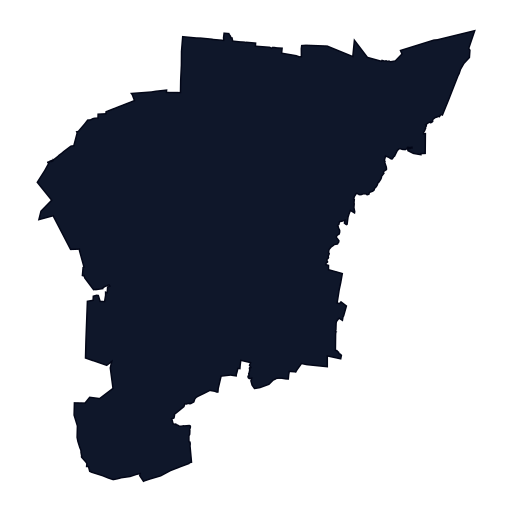 the district of Irapuato, Guanajuato, Mexico
{"feature_id": "50627088B47484425878670", "entity_name": "Irapuato", "entity_type": "district", "adm_level": 2, "iso_a3": "MEX", "parent_name": "Mexico", "parent_adm1": "Guanajuato", "projection": "natural_earth1", "projection_center": [-101.373, 20.675], "detail": "fine", "context": "isolated", "style": "filled", "palette": "ink", "viewbox_px": 512, "rotation_deg": 0, "n_neighbors": 0, "source": "geoboundaries", "source_scale": "gbopen_adm2", "svg_char_len": 5865}
<svg xmlns="http://www.w3.org/2000/svg" viewBox="0 0 512 512"><path d="M288.3,379.0L288.7,374.5L289.3,371.4L295.1,371.8L295.7,372.0L296.9,369.9L301.5,363.5L306.7,364.6L327.3,366.7L327.3,355.9L340.7,358.8L341.4,355.3L340.3,354.2L339.2,353.8L338.8,353.5L338.7,352.4L337.0,351.0L336.9,350.6L335.4,350.3L335.6,334.6L335.8,331.9L336.0,331.8L335.5,331.4L335.9,329.6L336.1,323.3L336.4,321.6L338.4,318.9L339.1,318.2L342.4,320.3L343.0,316.8L343.6,315.9L346.4,306.0L341.0,301.9L339.6,303.6L337.1,303.0L339.2,289.6L340.7,282.7L342.3,273.6L328.5,269.7L328.5,265.4L326.0,264.7L326.0,263.5L326.2,262.8L327.2,262.4L327.5,262.1L327.6,261.9L327.1,261.0L326.8,259.8L326.9,259.4L327.9,258.6L328.5,257.6L328.2,256.1L329.2,253.8L329.1,253.3L328.5,252.6L328.9,250.0L329.2,249.3L331.2,246.9L333.5,245.3L333.9,244.8L334.4,244.5L337.4,244.0L337.7,243.7L337.8,242.9L338.4,242.6L338.7,242.0L338.9,240.8L337.7,239.1L336.6,237.8L336.4,237.0L336.6,236.1L337.5,235.0L339.1,234.1L339.6,232.5L339.7,230.7L339.3,229.5L338.6,228.4L338.2,226.6L337.5,226.0L337.9,225.2L338.8,224.5L339.5,221.7L342.0,221.2L345.1,220.2L344.4,223.1L345.9,224.3L346.6,224.6L347.1,224.2L348.0,217.2L349.0,214.0L350.4,210.4L354.5,212.9L354.7,211.7L353.9,207.6L354.2,203.9L354.0,202.6L354.3,199.4L353.5,199.1L354.5,196.2L356.4,193.4L357.0,193.3L357.9,193.9L358.8,194.2L359.1,194.6L360.1,194.7L361.7,194.5L362.8,193.9L364.2,193.8L365.2,193.9L365.9,193.8L366.2,193.9L367.0,194.7L367.4,194.7L368.9,194.2L369.4,192.4L372.7,191.2L374.1,190.0L374.5,188.4L375.8,187.2L377.0,185.5L378.0,182.9L378.8,181.7L379.0,181.9L380.6,179.5L381.4,177.7L381.5,176.4L383.9,173.2L383.4,172.4L383.4,172.0L384.0,171.2L386.4,169.6L386.5,169.1L386.3,167.1L384.8,162.7L384.7,162.1L385.0,161.5L384.4,160.3L385.5,156.1L388.6,157.2L391.0,158.8L392.0,159.0L392.5,158.5L394.0,156.3L394.5,156.2L397.1,150.9L398.0,149.8L398.8,149.0L400.1,148.6L402.4,149.4L405.3,149.6L406.1,149.2L407.4,147.7L407.5,148.1L408.4,147.3L409.6,147.6L412.0,147.2L412.2,147.9L410.2,148.5L409.6,148.3L408.3,149.0L407.7,149.1L408.0,150.7L413.4,153.4L420.9,154.7L420.9,153.6L425.2,153.4L425.4,133.6L423.5,133.8L423.6,132.2L424.7,130.6L425.0,129.6L425.6,128.2L425.4,127.9L425.5,127.5L425.9,126.5L426.3,126.0L426.3,125.0L425.7,124.7L428.3,122.8L430.4,121.9L430.3,122.4L430.5,122.7L431.6,122.4L432.7,121.4L432.6,120.3L432.8,119.6L433.1,119.2L435.1,117.6L437.1,117.0L438.2,116.4L439.4,116.7L440.4,115.0L441.5,114.6L442.4,115.0L448.7,99.5L458.0,75.7L459.1,73.6L460.5,69.3L463.9,63.4L469.4,57.5L469.9,50.2L468.7,48.4L474.7,30.7L437.4,39.8L433.9,40.1L400.5,50.5L402.0,54.0L395.0,61.3L394.5,61.1L390.3,61.8L389.1,61.1L387.2,61.4L386.1,60.8L384.7,61.2L382.0,60.4L381.5,61.3L367.4,57.4L354.4,40.3L352.8,56.6L327.2,46.1L306.0,45.3L301.7,45.6L301.3,48.8L301.4,56.7L298.6,56.9L298.4,56.5L296.1,55.7L281.6,53.2L282.1,48.2L276.7,47.9L274.3,47.5L272.4,47.5L271.6,48.4L269.7,47.3L255.4,46.2L255.6,43.1L246.4,42.3L246.2,42.5L245.8,42.6L245.2,42.3L243.9,42.1L240.1,41.9L232.6,41.1L232.6,40.8L232.0,37.9L230.8,37.8L230.5,36.3L228.8,34.0L228.8,33.6L224.1,33.2L223.5,38.1L223.8,39.0L223.7,40.4L211.9,39.4L211.9,39.2L200.6,38.1L196.4,38.0L182.7,36.7L181.5,51.4L181.4,65.3L180.7,80.0L180.5,92.6L166.4,92.5L166.6,90.1L155.6,91.3L151.5,92.0L131.4,93.5L132.3,94.7L134.5,100.6L106.1,111.7L105.9,113.8L98.1,114.2L98.0,118.1L94.3,118.3L92.8,118.7L90.5,119.9L87.7,120.1L84.7,124.0L78.3,131.5L76.7,131.8L77.2,132.9L73.8,145.8L71.1,146.1L70.2,146.7L63.7,151.6L62.0,153.1L58.9,155.4L58.2,156.2L53.6,159.8L53.1,159.6L53.0,160.0L52.7,160.2L52.7,160.5L52.4,160.5L52.5,160.9L52.9,160.7L52.8,161.0L52.0,161.4L51.2,161.5L51.0,160.8L49.9,161.2L49.4,162.0L47.8,161.9L47.7,161.7L47.8,162.5L49.2,162.5L48.5,163.8L44.7,170.7L37.3,182.3L51.7,200.2L41.0,211.2L38.9,219.6L53.3,215.7L53.5,216.5L70.6,249.4L79.4,249.1L79.5,250.7L84.0,267.1L83.1,267.5L82.4,275.5L84.1,276.0L84.2,275.9L84.8,278.0L93.6,289.7L96.1,289.3L96.1,289.6L102.7,288.6L102.6,288.1L104.0,287.1L104.0,286.9L109.0,284.8L109.9,286.1L107.6,287.2L107.2,292.8L105.6,292.2L105.6,295.3L104.6,301.6L100.1,301.4L98.3,295.5L96.6,295.3L93.3,296.2L93.1,300.3L87.4,301.3L86.0,338.7L85.5,358.0L92.9,360.6L93.5,360.7L106.7,365.3L111.8,361.4L110.3,367.9L113.0,388.4L99.6,398.6L89.7,397.3L85.0,403.1L74.4,402.9L74.1,415.1L77.4,425.9L77.1,437.4L77.9,441.4L79.9,447.8L80.4,448.8L81.0,450.7L81.0,452.4L81.8,456.6L81.5,456.8L81.6,457.2L85.8,461.9L86.9,463.5L86.6,466.5L88.5,466.6L89.7,471.3L91.6,472.2L102.7,475.7L108.1,477.9L113.2,479.6L117.2,478.8L120.0,478.1L120.0,477.9L130.0,476.5L136.3,474.4L140.3,473.5L140.3,474.1L139.7,475.6L143.5,481.3L144.5,480.8L149.9,479.0L160.7,475.8L170.4,470.6L180.6,466.6L189.0,463.5L189.3,462.8L191.5,462.2L190.2,447.9L190.0,446.1L190.2,443.9L190.0,442.4L189.8,442.5L189.1,441.7L188.9,440.3L188.9,435.6L189.5,434.8L189.7,434.2L189.8,431.8L189.7,431.9L189.6,429.7L190.3,427.6L190.4,426.7L190.3,426.0L189.3,425.5L183.8,426.0L183.7,425.8L181.5,426.2L179.5,426.3L177.6,425.1L175.6,424.6L175.6,424.1L175.1,424.3L173.1,423.9L172.2,420.4L172.1,420.2L171.6,418.7L173.3,418.3L174.0,417.9L174.5,415.4L174.2,414.5L183.9,406.6L184.8,403.8L186.5,404.0L187.1,403.7L190.0,403.3L190.0,403.7L190.7,403.6L192.0,402.9L193.8,401.9L194.8,398.9L196.2,397.3L198.1,396.2L204.3,393.2L209.8,390.4L214.6,391.2L217.0,392.1L217.9,392.0L218.2,388.4L221.1,376.1L231.0,375.0L231.5,375.2L236.2,375.9L236.5,372.7L236.8,372.8L237.9,368.4L239.9,368.6L240.1,365.8L240.8,360.3L250.6,362.6L250.2,364.1L249.9,364.4L249.5,365.3L250.9,367.3L250.8,367.7L250.2,367.9L249.6,367.8L249.4,368.2L249.6,368.7L249.7,370.1L249.2,372.6L248.7,373.7L248.9,374.8L249.2,375.4L249.1,375.7L248.2,376.0L248.0,376.7L248.3,377.7L249.2,378.5L250.3,378.6L251.1,378.2L251.7,378.1L251.3,380.2L250.9,380.8L251.4,382.6L252.1,385.1L254.5,388.5L259.9,387.6L268.9,384.3L273.1,380.1L275.5,379.0L276.1,378.5L276.5,378.4L277.9,378.2L281.6,378.2L286.0,378.9L288.3,379.0Z" fill="#0f172a" stroke="#020617" stroke-width="1.5"/></svg>